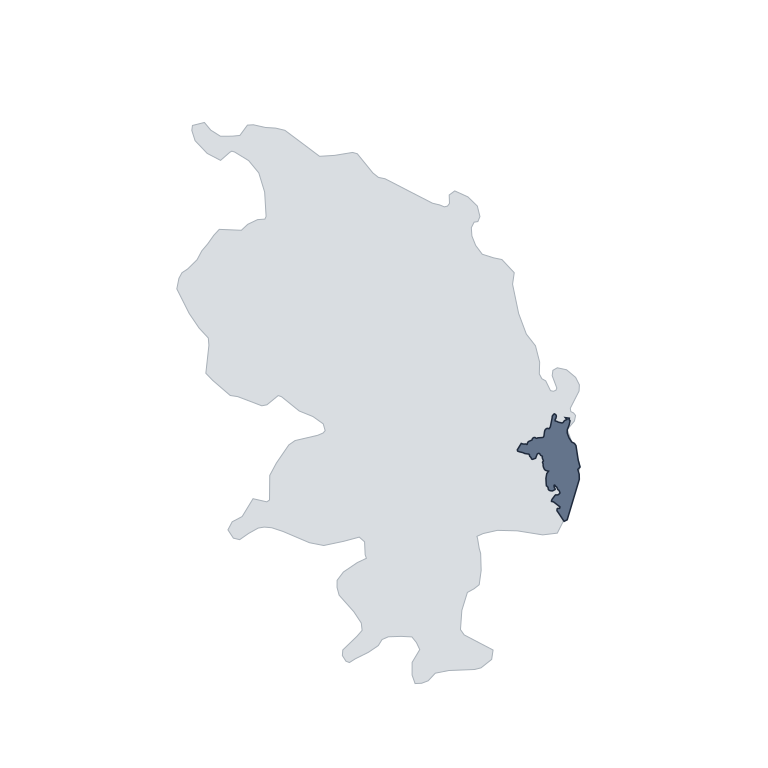 where Thurgau sits in Switzerland, rotated 75°
{"feature_id": "CHE-174", "entity_name": "Thurgau", "entity_type": "Canton", "adm_level": 1, "iso_a3": "CHE", "parent_name": "Switzerland", "parent_adm1": "", "projection": "orthographic", "projection_center": [9.06, 47.531], "detail": "fine", "context": "in_parent", "style": "filled", "palette": "slate", "viewbox_px": 768, "rotation_deg": 75, "n_neighbors": 0, "source": "natural_earth", "source_scale": "10m", "svg_char_len": 4582}
<svg xmlns="http://www.w3.org/2000/svg" viewBox="0 0 768 768"><g transform="rotate(75 384 384)"><path d="M559.5,244.2L563.5,246.8L572.9,255.2L570.8,269.8L560.3,293.3L554.7,312.4L554.1,326.9L555.2,333.7L557.2,333.6L567.5,334.6L572.7,334.5L589.2,338.4L602.5,344.0L605.1,350.0L606.9,357.4L622.8,367.4L641.0,373.7L647.1,371.5L669.2,347.5L677.9,351.3L683.3,363.8L683.2,370.4L677.5,395.7L676.6,409.3L682.1,418.1L682.8,425.1L681.4,431.5L672.4,432.2L660.2,428.9L649.8,418.2L642.1,419.6L635.5,422.5L632.2,432.8L629.3,445.2L630.3,452.0L635.2,457.2L639.1,468.4L642.0,482.8L644.1,489.5L641.9,492.5L635.5,494.5L630.2,492.6L620.7,475.4L616.3,468.9L609.0,467.8L596.1,472.1L576.4,482.0L568.3,482.0L561.5,480.1L555.1,471.9L549.6,456.0L547.8,446.1L544.1,446.4L531.4,443.6L525.5,447.5L525.5,463.8L524.4,484.0L518.0,497.1L500.3,519.7L493.8,529.6L491.2,536.7L490.6,542.8L493.3,553.5L497.0,563.7L493.9,569.4L484.5,572.5L477.8,566.3L475.3,555.3L460.9,540.2L467.5,527.7L466.4,524.6L442.7,518.0L432.5,508.4L418.2,491.7L415.6,484.5L416.4,461.3L415.6,455.6L413.8,452.9L406.8,453.0L397.1,461.0L388.1,472.9L369.7,486.3L367.8,489.2L373.8,502.5L373.4,507.7L358.3,528.6L355.3,535.5L336.2,548.5L327.5,553.3L301.3,543.1L294.1,541.8L282.2,548.1L265.5,553.9L238.5,559.5L228.8,554.7L224.2,550.3L222.1,543.9L215.6,532.4L208.2,525.5L203.1,518.1L196.3,509.9L192.0,503.1L198.6,482.0L194.5,474.3L192.5,463.6L193.9,456.4L191.6,454.5L167.7,449.6L147.7,450.3L133.2,456.9L121.2,468.3L119.7,470.8L120.3,473.0L125.7,484.0L115.5,495.1L100.1,503.5L89.3,504.0L84.7,502.1L84.9,489.8L94.0,485.6L102.3,477.9L105.3,466.7L106.6,458.9L98.6,448.9L99.8,443.1L105.5,432.2L108.8,422.4L113.3,414.1L130.3,400.7L147.4,387.3L150.4,372.5L152.2,354.4L154.7,350.2L177.3,340.1L183.0,335.9L186.0,329.9L204.0,310.1L221.9,290.4L225.5,283.8L228.5,279.9L228.6,276.6L226.5,274.0L218.3,272.1L215.8,265.7L225.0,254.5L236.3,247.8L247.1,248.0L251.4,251.3L251.0,255.1L255.6,259.2L263.8,260.8L273.9,259.6L284.1,255.5L290.5,245.5L294.3,237.9L310.2,229.4L320.9,234.0L350.8,235.7L372.6,233.6L386.3,227.8L403.2,228.0L414.5,231.4L416.5,230.9L419.7,230.2L422.8,227.0L433.5,224.9L434.9,222.2L434.5,219.5L432.6,218.1L419.5,219.4L414.5,217.3L413.2,212.4L417.5,204.0L427.2,197.2L435.4,195.5L441.3,197.4L455.6,210.3L459.0,210.7L461.0,208.4L464.0,207.1L469.0,209.6L474.6,217.6L475.5,218.8L507.6,216.0L514.8,216.0L536.7,229.9L559.5,244.2Z" fill="#d9dde1" stroke="#a8b0b8" stroke-width="1"/><path d="M471.7,215.9L471.8,216.0L475.6,218.8L478.8,219.7L483.9,219.2L488.6,217.7L490.7,215.4L493.2,214.5L507.7,216.1L514.9,216.1L516.7,218.9L521.6,218.8L526.6,220.0L562.6,242.2L563.3,245.6L552.9,249.1L551.7,249.6L551.1,249.7L550.6,249.6L549.3,249.0L549.2,248.7L549.1,248.4L549.6,246.6L548.3,245.8L541.7,250.8L540.8,252.6L539.9,252.3L538.8,251.4L535.8,247.6L535.5,246.7L536.0,245.6L536.0,244.9L536.0,244.1L534.8,242.2L532.9,242.3L532.3,242.5L531.7,242.7L531.0,243.4L530.6,243.5L529.6,243.6L528.8,243.7L528.0,244.0L527.5,244.4L527.1,244.9L526.8,245.1L526.5,245.1L526.3,245.0L526.0,245.1L525.8,245.3L525.8,245.8L526.3,246.1L527.7,246.3L528.5,246.2L529.2,245.9L529.8,245.9L530.2,246.0L530.9,248.9L530.4,250.4L530.1,251.0L529.6,251.8L528.9,252.3L528.0,252.6L526.9,252.3L526.1,252.4L524.9,253.0L524.4,253.5L522.1,253.1L517.0,252.0L512.7,250.0L510.8,247.6L509.6,249.8L509.0,250.5L508.0,251.1L505.8,251.5L504.2,251.5L502.5,251.0L502.0,251.0L500.9,251.2L500.5,251.1L500.2,250.8L499.9,250.3L499.6,249.9L499.1,249.9L496.9,250.2L496.1,250.2L495.1,249.8L494.6,249.9L493.5,251.1L492.9,251.3L492.2,251.5L491.4,251.8L491.0,252.6L491.1,253.6L491.4,254.2L495.0,256.8L495.0,257.5L495.2,259.5L495.2,260.2L494.9,260.6L494.5,260.9L493.5,261.0L492.8,261.2L492.2,261.5L491.6,261.9L491.1,262.0L490.6,262.0L490.1,261.8L489.5,262.0L489.0,262.7L487.6,266.0L486.3,267.5L484.5,270.8L483.4,272.3L482.1,272.3L476.9,266.8L477.9,265.4L478.1,264.8L478.4,263.9L478.6,262.6L479.4,261.7L479.4,261.4L478.3,260.8L477.0,259.5L476.4,255.6L475.1,254.7L474.8,254.2L474.5,253.1L474.6,252.4L474.7,252.1L474.9,251.8L475.5,251.4L475.7,251.1L476.0,250.6L476.0,250.2L475.9,249.7L475.8,249.4L475.9,248.9L476.7,244.8L476.7,244.3L476.4,243.6L475.5,242.9L471.6,241.3L470.3,240.5L469.5,239.6L469.0,237.9L469.6,236.6L469.9,236.2L469.2,235.2L468.4,234.4L460.1,230.3L458.6,229.8L457.4,228.3L457.0,227.6L456.9,227.2L457.2,226.8L458.0,226.1L458.9,225.8L459.9,225.9L461.7,226.9L462.4,227.7L463.0,228.1L463.6,228.2L464.0,228.2L464.8,226.7L466.0,225.5L467.0,223.5L467.5,222.7L467.7,221.7L467.5,220.9L466.1,219.2L465.6,216.6L463.4,217.6L465.0,213.8L466.2,214.4L467.7,213.8L471.7,215.9Z" fill="#64748b" stroke="#1e293b" stroke-width="1.5"/></g></svg>